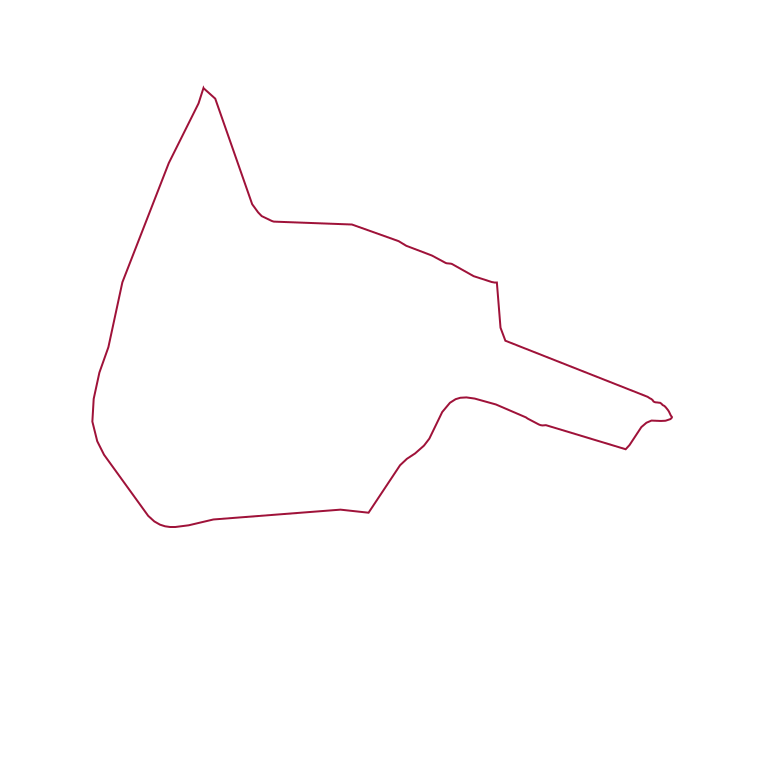 an SVG outline of Northern Bahr el Ghazal, rotated 21°
{"feature_id": "SDS-147", "entity_name": "Northern Bahr el Ghazal", "entity_type": "State", "adm_level": 1, "iso_a3": "SSD", "parent_name": "South Sudan", "parent_adm1": "", "projection": "mercator", "projection_center": [27.804, 8.898], "detail": "fine", "context": "isolated", "style": "outline", "palette": "rose", "viewbox_px": 768, "rotation_deg": 21, "n_neighbors": 0, "source": "natural_earth", "source_scale": "10m", "svg_char_len": 1269}
<svg xmlns="http://www.w3.org/2000/svg" viewBox="0 0 768 768"><g transform="rotate(21 384 384)"><path d="M453.0,248.8L472.6,289.7L481.8,300.1L558.2,300.8L634.6,301.5L634.9,301.5L635.1,301.6L637.5,302.1L638.9,302.2L640.6,302.8L641.8,303.7L642.9,303.9L644.1,303.8L645.7,303.3L647.1,303.0L648.5,302.6L650.1,303.0L651.7,303.8L653.6,304.0L655.4,304.8L658.8,306.8L660.3,308.0L662.9,310.5L664.7,311.7L664.7,312.5L664.0,314.1L660.0,317.4L655.7,319.3L646.8,322.3L642.9,326.1L639.7,332.0L635.1,353.0L633.0,358.3L550.0,364.4L549.5,364.6L546.8,365.9L544.9,366.3L543.1,366.3L530.4,364.8L528.5,364.3L495.8,363.0L473.9,365.1L465.7,367.0L460.2,369.5L456.3,372.5L452.3,377.9L448.4,389.3L445.9,418.8L443.4,427.2L437.9,437.7L432.2,445.6L428.1,454.1L415.7,509.7L388.4,516.9L273.3,571.6L252.3,585.9L240.4,592.3L235.4,594.2L230.6,595.3L225.3,595.6L218.8,594.6L211.1,591.6L148.0,550.4L136.8,540.2L125.2,523.6L118.3,501.9L114.2,475.3L113.5,448.4L103.3,382.8L103.9,254.9L110.3,188.5L109.4,172.4L109.5,172.5L124.2,178.1L160.4,220.8L196.5,263.4L205.0,268.9L209.7,271.1L220.8,272.0L222.9,271.9L296.9,246.6L346.5,245.4L355.3,247.0L382.7,246.9L398.2,248.9L399.4,248.8L403.3,247.7L404.4,247.6L429.0,251.2L447.9,250.2L451.1,249.6L453.0,248.8Z" fill="none" stroke="#9f1239" stroke-width="2"/></g></svg>